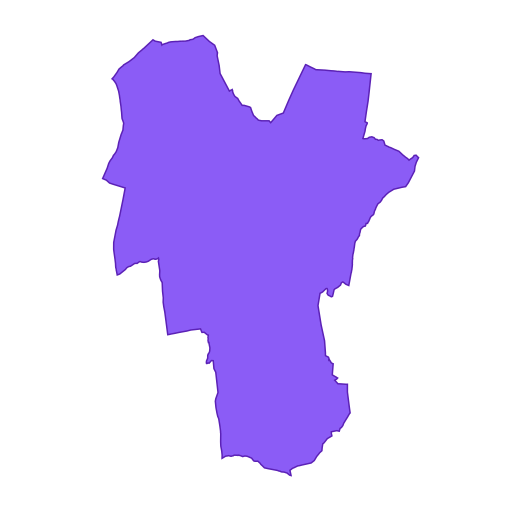 "Evje og Hornnes" nor, Aust-Agder, Norway (Robinson projection), rotated 93°
{"feature_id": "86288312B17252919876128", "entity_name": "\"Evje og Hornnes\" nor", "entity_type": "district", "adm_level": 2, "iso_a3": "NOR", "parent_name": "Norway", "parent_adm1": "Aust-Agder", "projection": "robinson", "projection_center": [7.751, 58.587], "detail": "fine", "context": "isolated", "style": "filled", "palette": "violet", "viewbox_px": 512, "rotation_deg": 93, "n_neighbors": 0, "source": "geoboundaries", "source_scale": "gbopen_adm2", "svg_char_len": 6072}
<svg xmlns="http://www.w3.org/2000/svg" viewBox="0 0 512 512"><g transform="rotate(93 256 256)"><path d="M374.2,290.1L394.3,286.8L400.7,288.7L403.2,289.0L409.1,288.1L410.5,287.8L415.1,286.7L418.2,285.8L420.0,284.9L420.9,284.6L427.5,283.2L432.9,282.2L433.6,282.2L435.3,281.9L443.0,281.6L446.6,281.3L448.1,281.1L452.6,280.0L456.7,279.4L459.8,279.3L459.4,278.7L457.5,275.9L457.1,273.9L456.8,273.0L457.3,270.6L457.3,270.3L456.9,269.4L456.8,268.5L456.2,267.7L456.0,266.9L456.0,265.6L455.9,263.9L456.1,263.6L455.8,263.3L455.8,262.7L456.4,260.4L457.0,258.8L456.3,256.7L456.4,254.7L456.7,253.6L458.1,249.8L460.7,247.6L461.0,246.5L460.9,244.1L460.8,243.4L462.9,240.9L463.8,240.3L465.2,238.6L467.1,236.5L467.7,232.9L468.9,224.1L469.1,223.1L469.5,221.9L469.7,220.5L470.2,219.6L470.3,218.7L470.3,216.9L470.4,216.3L471.2,213.4L471.9,212.6L473.1,210.9L473.4,209.5L468.2,210.9L466.8,209.2L466.3,208.7L465.8,207.8L465.6,207.3L463.4,203.3L463.2,202.1L462.8,200.7L462.4,199.5L459.8,190.1L457.2,187.1L453.0,184.9L452.2,184.3L450.0,182.7L449.2,182.2L447.0,180.0L443.9,179.9L440.1,179.5L439.8,179.1L439.0,178.3L434.6,175.2L431.7,170.8L429.1,171.5L427.6,171.6L426.3,166.7L426.2,166.1L426.6,163.7L423.7,163.0L422.8,161.7L421.8,161.1L420.8,160.4L418.5,159.7L414.8,157.7L412.1,156.2L408.7,154.5L407.8,153.8L401.5,155.0L387.1,157.6L379.3,158.0L379.4,158.9L379.3,163.6L379.3,167.5L375.9,170.9L374.7,169.0L373.6,168.1L370.7,173.6L359.6,173.3L359.5,173.8L358.6,175.4L357.7,176.0L357.4,176.0L356.5,176.8L356.0,177.1L356.5,177.7L356.4,177.8L356.1,177.9L355.8,177.7L355.6,177.8L355.4,177.6L355.2,177.6L354.9,177.8L354.4,177.8L353.2,178.4L351.9,181.4L349.1,181.6L337.1,183.1L321.3,187.4L302.3,191.5L289.9,190.1L288.7,188.0L288.1,187.3L284.9,184.4L284.8,184.1L284.8,183.3L286.1,182.8L287.8,182.7L289.6,183.1L291.3,181.9L292.0,180.2L292.8,178.7L292.3,177.5L289.4,176.9L285.8,176.3L285.1,175.9L284.4,175.0L283.1,172.8L280.6,170.1L278.4,169.4L277.4,168.2L277.5,167.6L277.9,167.0L279.5,164.8L280.6,161.8L268.3,160.2L267.2,159.9L265.7,159.8L264.9,159.6L261.7,159.4L259.4,159.3L258.1,159.5L258.0,159.4L255.3,159.5L253.4,159.3L252.5,159.5L249.5,159.3L247.4,158.9L245.6,158.7L245.2,158.6L243.5,158.5L242.2,158.3L238.1,158.0L236.0,157.5L234.2,156.0L232.9,155.3L231.8,154.9L230.2,153.8L228.4,153.8L227.1,153.4L223.8,152.9L222.7,151.9L221.6,151.0L220.7,149.7L220.4,148.4L219.0,148.0L217.7,147.7L217.6,146.3L216.9,146.2L216.5,146.0L216.4,145.8L215.8,145.4L214.8,145.0L214.4,144.9L213.6,144.5L212.9,144.4L210.8,143.4L209.6,142.3L209.5,141.9L208.7,141.1L208.0,140.6L204.9,140.0L203.1,139.2L201.8,138.9L199.0,137.7L197.4,136.9L195.8,134.9L193.9,133.6L191.5,132.5L189.8,130.8L188.6,129.9L187.4,128.8L185.4,126.7L182.1,121.9L179.7,113.8L178.9,110.2L174.9,107.7L162.9,102.2L158.2,101.9L154.0,100.8L149.3,98.8L148.2,100.1L147.7,100.6L146.9,101.5L147.2,102.3L147.3,103.3L148.8,104.2L149.6,104.8L151.4,107.2L152.3,108.2L150.8,109.7L149.4,112.0L148.6,113.0L147.4,114.7L143.9,118.8L142.3,123.4L140.8,127.0L140.3,128.9L139.8,129.7L139.7,130.2L139.0,131.7L138.6,132.8L138.5,133.0L134.5,134.4L133.3,136.2L133.8,139.0L134.1,139.9L133.3,141.1L133.2,141.6L133.2,142.8L131.6,144.3L131.2,145.7L130.9,146.5L131.5,149.1L132.9,150.9L133.3,154.2L133.1,155.4L125.8,153.7L122.9,153.4L120.3,152.9L118.0,151.9L117.2,151.9L116.5,153.5L116.4,153.9L116.1,154.2L106.0,153.3L95.6,152.2L87.8,151.7L67.9,150.6L67.9,151.7L67.8,156.8L67.4,160.9L67.2,169.2L67.1,172.6L67.5,176.5L67.3,183.3L67.4,184.2L67.2,186.3L67.1,188.2L67.1,190.2L66.8,197.0L66.8,206.0L66.0,207.6L64.3,211.7L62.5,215.7L62.3,216.5L88.1,227.3L98.4,231.3L111.8,236.2L114.5,242.5L122.1,248.3L120.3,250.0L120.7,257.5L120.2,260.8L119.2,261.7L118.0,263.3L117.1,264.2L115.8,265.8L111.6,267.8L108.0,269.2L107.4,270.5L106.2,275.7L106.3,277.7L101.8,281.2L99.6,282.5L99.1,283.3L97.8,285.4L95.7,286.8L93.3,287.9L92.2,288.0L91.0,288.5L91.4,289.0L91.8,289.9L92.7,291.2L78.3,299.8L75.7,301.4L67.6,302.8L58.1,305.3L57.1,305.2L56.5,305.3L55.8,305.1L55.3,305.3L55.0,305.1L47.7,308.3L44.2,313.8L38.6,320.4L39.9,325.0L41.2,328.3L42.2,329.4L42.9,330.4L43.4,332.6L43.4,333.1L44.1,333.8L45.1,337.7L45.5,343.1L45.9,345.6L46.0,347.6L46.6,352.3L47.3,354.7L47.9,355.6L48.5,357.4L49.5,359.9L49.8,360.7L50.2,361.0L47.6,362.0L46.7,368.0L45.5,370.2L54.6,379.0L55.5,380.1L56.1,380.6L59.2,384.0L64.3,388.0L68.7,393.2L72.1,398.2L73.1,398.9L74.2,400.2L76.5,402.6L80.0,404.4L82.6,406.1L84.4,407.2L86.6,409.0L87.1,408.1L87.9,407.5L88.8,406.6L91.2,404.8L92.9,404.0L98.6,401.8L102.7,400.8L104.9,400.4L107.6,399.8L108.6,399.7L113.5,398.7L118.2,398.0L119.1,397.8L125.5,397.0L125.9,396.9L129.1,395.5L130.3,395.1L131.0,395.1L132.5,395.3L137.3,395.5L140.5,396.6L141.6,397.0L149.7,399.0L155.1,399.7L159.2,401.1L160.9,402.1L162.0,402.8L162.9,403.6L165.3,404.5L168.6,406.7L171.2,407.9L176.1,409.2L186.7,413.2L188.1,409.4L190.8,406.1L191.8,402.5L194.9,390.2L206.8,391.8L223.5,394.3L225.9,394.8L229.2,395.4L232.2,395.8L237.5,397.1L249.9,398.8L256.7,398.5L260.6,397.8L266.2,396.7L270.8,395.9L273.7,395.6L275.1,395.4L276.1,395.0L278.0,394.7L278.5,394.5L282.2,393.6L281.1,391.1L276.2,385.6L275.2,385.0L274.3,384.2L273.2,382.5L272.8,380.8L269.8,376.8L269.6,375.3L269.6,374.3L268.3,372.8L267.6,371.6L268.1,369.8L268.2,367.6L267.7,365.2L266.9,363.3L264.9,360.6L264.3,359.0L264.1,358.1L264.5,356.8L264.5,356.0L264.0,354.4L263.1,353.3L264.7,352.9L266.5,353.2L275.2,351.4L276.2,351.3L279.8,351.3L281.8,351.1L283.9,350.3L285.4,349.6L287.4,348.3L296.0,347.5L302.6,346.4L307.0,346.3L311.2,345.5L316.9,344.1L339.2,340.0L338.8,338.3L338.4,337.0L337.5,333.2L336.3,328.7L334.5,321.0L333.3,317.2L331.7,307.6L335.1,306.0L334.9,303.7L337.3,300.4L337.5,299.5L340.1,299.7L341.0,299.4L342.9,299.5L344.9,299.0L344.8,298.5L347.6,297.9L349.8,297.3L351.0,297.2L352.6,297.3L352.9,297.2L354.4,297.5L355.5,298.0L356.1,298.5L356.8,298.6L357.4,299.0L360.6,298.9L363.3,299.9L363.9,300.0L364.6,299.9L365.0,300.0L365.4,300.0L365.8,299.8L366.0,299.5L365.9,299.2L365.6,298.8L365.3,298.2L365.5,297.4L365.5,297.2L362.8,295.1L362.7,294.8L362.7,294.2L362.9,293.7L363.1,293.4L363.0,293.2L370.7,292.1L374.2,290.1Z" fill="#8b5cf6" stroke="#5b21b6" stroke-width="1.5"/></g></svg>